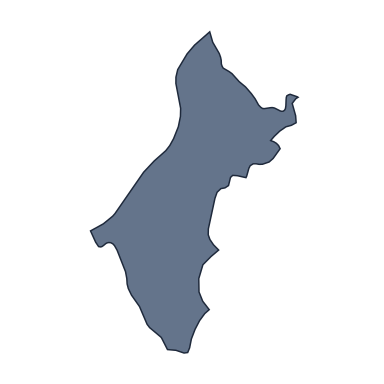 the border of Central, rotated 185°
{"feature_id": "PRY-607", "entity_name": "Central", "entity_type": "Department", "adm_level": 1, "iso_a3": "PRY", "parent_name": "Paraguay", "parent_adm1": "", "projection": "natural_earth1", "projection_center": [-57.553, -25.559], "detail": "fine", "context": "isolated", "style": "filled", "palette": "slate", "viewbox_px": 384, "rotation_deg": 185, "n_neighbors": 0, "source": "natural_earth", "source_scale": "10m", "svg_char_len": 1644}
<svg xmlns="http://www.w3.org/2000/svg" viewBox="0 0 384 384"><g transform="rotate(185 192 192)"><path d="M148.2,212.2L152.9,212.1L154.9,209.9L156.2,201.6L159.5,199.0L163.5,197.9L167.0,193.9L168.6,187.6L172.5,156.6L172.1,150.8L170.0,146.2L166.0,141.3L160.4,136.5L167.4,129.4L174.8,120.5L177.7,106.3L176.3,93.0L171.8,84.1L164.6,76.3L168.7,72.0L173.2,64.6L177.0,55.4L179.8,45.6L180.8,36.5L182.3,31.7L185.9,30.9L194.2,32.9L202.7,32.9L209.5,43.8L210.4,44.8L222.4,53.2L225.2,56.3L234.3,73.3L243.3,84.0L247.0,90.2L248.6,94.7L249.4,100.1L251.3,106.9L261.5,127.4L264.5,131.8L266.4,133.5L268.5,134.4L270.6,134.4L272.4,133.8L273.5,133.0L275.6,130.9L277.1,129.7L278.4,129.3L280.3,129.5L283.6,133.6L289.7,144.4L277.5,152.6L268.9,161.0L266.9,163.7L241.9,207.5L232.3,219.7L221.7,230.9L218.2,236.3L215.0,243.5L211.3,255.8L210.1,266.3L210.6,274.3L217.5,298.7L218.0,305.0L216.9,312.7L208.9,329.2L202.2,338.6L188.3,353.1L184.4,343.0L176.9,332.3L175.3,328.8L174.4,325.8L173.9,322.0L172.9,319.8L171.7,318.1L165.7,315.3L162.5,313.4L154.7,306.1L147.8,301.3L141.3,295.0L137.3,290.4L133.3,284.5L130.9,282.4L128.9,281.3L127.1,281.4L120.8,282.9L119.0,283.1L117.0,282.8L111.0,280.4L109.5,280.2L108.1,280.5L106.9,281.6L106.2,283.2L106.0,286.1L106.3,292.1L106.3,294.6L105.9,296.1L104.3,297.2L102.8,297.9L95.6,296.1L94.6,295.6L96.7,294.0L99.9,289.0L95.4,277.0L94.3,270.1L98.8,267.1L104.2,265.1L109.9,260.3L114.9,254.6L118.1,250.1L114.9,249.2L112.1,247.8L109.8,245.8L108.0,242.8L114.1,232.5L117.8,228.6L124.2,225.8L127.5,225.4L130.6,225.7L133.5,225.4L136.3,223.3L137.4,220.6L138.9,212.6L139.5,211.0L148.2,212.2Z" fill="#64748b" stroke="#1e293b" stroke-width="1.5"/></g></svg>